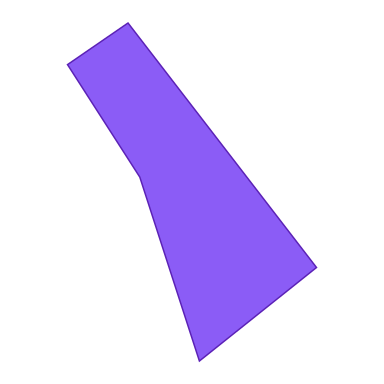 Qina City, Qina, Egypt
{"feature_id": "37247803B94417968817411", "entity_name": "Qina City", "entity_type": "district", "adm_level": 2, "iso_a3": "EGY", "parent_name": "Egypt", "parent_adm1": "Qina", "projection": "orthographic", "projection_center": [32.757, 26.178], "detail": "fine", "context": "isolated", "style": "filled", "palette": "violet", "viewbox_px": 384, "rotation_deg": 0, "n_neighbors": 0, "source": "geoboundaries", "source_scale": "gbopen_adm2", "svg_char_len": 201}
<svg xmlns="http://www.w3.org/2000/svg" viewBox="0 0 384 384"><path d="M316.5,267.5L128.0,23.0L67.5,64.6L139.8,177.1L199.4,361.0L316.5,267.5Z" fill="#8b5cf6" stroke="#5b21b6" stroke-width="1.5"/></svg>